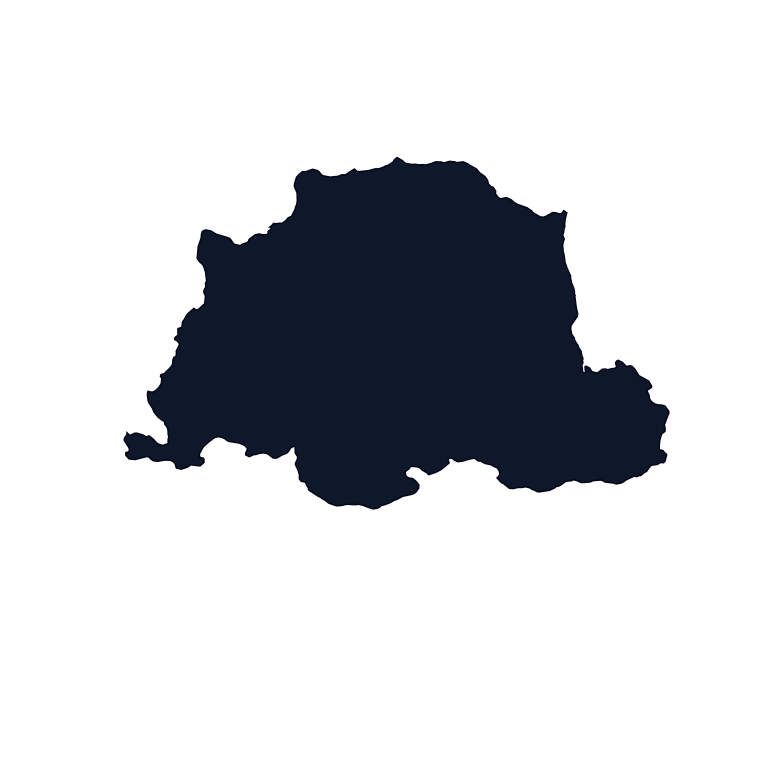 outline of Perez Zeledon, San José, Costa Rica, rotated 323°
{"feature_id": "36466004B81779324435882", "entity_name": "Perez Zeledon", "entity_type": "district", "adm_level": 2, "iso_a3": "CRI", "parent_name": "Costa Rica", "parent_adm1": "San José", "projection": "orthographic", "projection_center": [-83.71, 9.337], "detail": "fine", "context": "isolated", "style": "filled", "palette": "ink", "viewbox_px": 768, "rotation_deg": 323, "n_neighbors": 0, "source": "geoboundaries", "source_scale": "gbopen_adm2", "svg_char_len": 6171}
<svg xmlns="http://www.w3.org/2000/svg" viewBox="0 0 768 768"><g transform="rotate(323 384 384)"><path d="M360.6,470.0L362.1,472.1L362.9,476.0L365.0,481.3L365.0,483.0L365.9,483.6L371.9,485.6L377.3,486.6L382.3,486.6L388.5,486.2L389.4,483.5L390.2,482.8L391.5,482.6L392.8,483.3L393.8,484.4L394.4,487.1L396.2,490.5L401.5,493.4L404.6,494.4L411.6,497.5L413.0,502.3L414.6,503.3L416.9,508.3L421.0,513.0L422.3,516.4L423.7,518.5L424.0,519.9L423.6,523.3L422.4,525.4L420.7,526.6L417.8,527.0L418.4,533.5L419.5,535.3L421.3,542.5L422.1,543.5L424.5,545.4L428.7,547.2L431.8,549.6L435.0,551.1L437.9,554.5L439.1,557.7L440.3,559.2L441.5,562.1L443.1,563.6L452.2,568.5L457.6,569.6L460.0,569.6L462.0,570.6L465.0,571.1L470.0,571.1L473.5,572.7L474.6,573.7L477.6,574.5L479.5,576.5L482.2,581.4L485.5,583.7L487.2,584.4L488.1,585.4L490.7,586.6L492.4,586.8L499.2,591.0L500.2,592.2L501.5,595.3L507.5,601.0L509.3,603.6L513.9,605.8L515.7,606.2L519.9,606.3L527.9,608.0L529.1,608.5L530.0,610.1L531.8,610.4L534.3,611.6L538.4,611.3L541.2,611.8L545.4,610.3L547.6,609.9L549.1,610.0L554.1,612.8L557.4,613.0L559.9,615.1L561.8,614.8L566.9,610.9L567.3,610.1L566.8,608.4L566.7,605.1L564.6,602.5L564.8,601.4L566.5,599.1L570.5,594.8L575.6,591.0L579.8,590.9L581.6,589.0L583.3,585.3L593.2,579.0L593.8,578.9L594.2,577.8L595.0,577.4L595.1,570.5L592.9,567.8L590.2,565.6L588.3,562.9L587.4,560.7L586.9,557.3L587.4,555.1L588.9,552.6L589.9,547.4L595.4,547.6L596.1,547.2L596.5,546.6L597.1,540.8L592.5,530.6L593.3,523.8L592.8,519.5L591.6,517.6L588.1,515.9L587.4,510.2L585.3,506.0L583.5,505.7L582.2,506.2L581.3,507.2L580.1,510.4L578.0,510.5L574.4,508.5L571.5,507.4L570.0,505.5L567.5,503.7L560.9,503.6L557.9,499.9L557.4,498.7L557.8,495.1L556.4,491.8L555.7,491.2L555.1,491.1L554.5,491.8L551.8,496.3L550.6,495.6L549.9,494.3L550.1,493.4L552.1,490.4L553.1,488.1L555.7,486.7L556.5,484.8L557.5,484.1L558.6,482.4L559.1,480.1L561.1,476.5L561.4,471.9L562.1,470.1L562.4,464.8L563.6,461.6L563.8,457.4L566.1,452.5L568.5,449.8L578.9,446.4L580.8,444.7L583.8,438.2L589.3,428.6L589.8,428.5L590.3,426.6L591.7,424.8L593.1,421.8L594.7,416.0L596.8,411.5L598.0,410.1L599.7,402.4L601.7,395.9L605.1,390.0L607.2,385.2L608.3,383.9L609.4,381.7L611.5,379.3L615.2,376.7L616.3,372.6L618.8,370.9L620.6,368.9L623.5,366.7L624.3,365.2L628.2,361.1L633.0,357.3L631.9,353.7L629.1,354.7L627.1,354.2L625.9,353.2L624.4,350.7L621.9,348.6L613.7,347.5L612.0,346.9L609.3,344.6L605.9,336.2L606.1,334.5L604.3,329.4L598.7,320.9L597.1,317.2L596.5,313.7L594.3,309.4L593.8,308.7L589.3,306.7L588.3,305.8L587.5,304.0L587.4,299.3L589.3,297.0L589.5,292.6L588.1,290.4L587.8,287.0L589.4,283.3L589.4,279.0L587.5,273.1L587.2,267.8L583.9,260.4L583.8,259.4L580.9,254.2L575.7,251.3L573.9,248.9L570.3,245.6L564.9,243.6L563.2,241.0L558.8,237.6L554.2,236.3L549.1,234.2L547.0,232.2L544.3,230.4L540.5,226.8L538.5,225.6L534.3,221.1L533.5,219.3L533.2,216.9L530.7,211.0L526.8,211.3L524.9,212.2L517.9,211.7L517.2,210.9L514.6,210.6L509.6,209.2L506.3,206.8L499.8,204.2L492.1,199.6L490.2,197.7L489.8,194.6L485.1,194.0L480.4,194.0L478.0,193.1L476.6,191.7L472.3,190.5L465.5,186.4L460.7,181.1L459.9,179.0L459.9,175.8L459.4,173.6L456.3,169.6L448.8,167.2L446.7,165.3L442.1,165.5L438.6,166.2L433.0,170.3L431.2,172.5L429.7,178.9L425.2,185.3L422.4,188.1L419.9,189.4L418.3,190.9L411.0,194.5L407.6,193.6L403.1,194.5L399.3,194.3L397.1,192.6L394.4,191.2L392.4,189.3L389.6,189.9L387.3,189.9L387.8,190.3L387.5,191.9L386.7,192.3L383.3,192.4L382.1,194.0L380.3,194.2L376.9,191.8L374.5,189.0L371.0,187.4L364.3,187.2L363.0,187.5L361.7,188.6L359.0,188.6L355.8,187.2L352.8,187.0L351.9,186.5L348.2,181.8L348.5,176.1L348.0,174.1L340.1,163.3L337.8,157.6L334.4,153.7L332.4,153.0L330.7,152.9L328.3,154.6L325.9,157.4L318.6,162.2L310.7,170.9L310.3,172.0L310.3,175.7L311.0,179.1L310.9,181.4L308.9,187.1L304.3,195.0L302.0,196.2L300.1,199.3L297.0,200.6L295.4,202.1L294.3,206.4L289.1,212.0L280.3,212.7L278.5,211.9L277.8,209.2L270.5,209.7L268.0,210.2L262.8,212.5L260.9,213.0L259.5,214.1L257.9,216.0L256.1,217.0L252.8,215.7L248.9,221.0L245.2,221.1L243.9,221.9L243.8,223.1L244.8,225.3L245.0,227.4L244.7,228.6L243.8,229.8L237.9,232.7L236.4,235.0L234.7,236.5L233.3,236.7L232.4,236.3L230.4,237.3L226.7,241.3L223.8,242.2L214.8,243.5L211.5,242.3L210.1,243.3L210.0,245.4L209.2,246.6L206.8,249.2L205.7,249.9L202.3,251.2L198.1,251.8L195.1,251.5L193.7,250.9L191.1,247.8L189.6,249.0L188.0,251.0L185.5,255.7L185.0,257.5L184.6,263.7L183.4,268.1L183.7,274.7L184.9,279.1L185.9,281.1L185.9,282.4L184.8,284.1L184.8,288.2L183.5,291.3L181.2,294.5L180.5,296.6L178.5,298.1L176.1,301.2L174.7,301.5L172.4,300.5L170.9,300.3L170.0,299.5L167.4,295.8L166.8,293.0L166.6,289.6L165.3,284.2L162.2,283.0L160.7,279.5L157.2,274.7L155.1,273.2L150.5,272.4L149.9,271.6L149.4,268.3L148.1,269.9L145.2,270.6L143.2,271.9L142.6,273.0L142.0,281.1L141.3,283.2L139.1,284.7L137.0,283.5L136.3,283.6L135.0,285.5L135.0,287.3L135.4,290.5L139.7,294.5L151.1,299.2L152.2,300.5L152.8,304.2L153.7,306.6L156.9,309.6L163.0,312.7L167.3,316.1L168.2,317.4L169.2,320.3L168.9,323.1L167.8,325.3L167.8,326.4L170.8,330.0L176.6,332.0L181.6,332.4L183.1,334.3L187.8,338.7L193.1,338.3L195.0,335.5L195.0,334.4L192.9,332.2L193.4,330.2L194.5,328.8L199.4,326.4L202.3,325.4L209.1,324.8L215.9,324.8L218.3,325.5L220.2,326.6L221.8,328.2L223.8,331.4L224.8,335.1L225.8,336.7L232.8,344.0L235.0,347.6L236.0,350.3L236.1,353.6L231.9,356.1L230.9,357.3L232.6,360.9L237.7,362.1L239.1,363.1L242.4,364.2L246.4,366.5L249.2,369.8L250.8,376.1L252.8,378.0L254.1,378.6L259.8,379.3L264.2,380.6L266.9,380.4L271.2,378.8L275.0,379.6L275.0,381.0L271.5,385.9L271.4,389.5L270.7,390.8L268.8,392.5L265.8,393.9L264.8,395.1L263.4,401.3L261.9,405.4L259.3,409.0L259.3,411.7L262.2,415.3L261.4,417.8L261.1,421.5L260.2,422.9L260.3,424.1L264.1,434.5L265.3,436.3L265.5,438.0L266.8,440.9L268.3,446.1L272.7,452.6L275.9,454.8L282.1,457.8L288.3,463.0L291.3,464.7L294.3,468.3L299.2,476.1L300.6,477.5L304.2,479.2L306.1,479.7L308.9,479.3L311.2,480.6L317.1,482.3L322.2,483.0L325.1,484.0L331.3,484.9L339.7,488.8L341.9,489.5L344.3,489.5L348.7,488.2L350.6,486.3L351.1,485.2L350.9,480.5L350.0,476.8L347.4,474.2L346.1,471.4L346.6,469.3L348.3,466.8L353.4,466.7L354.9,466.0L356.4,466.2L360.6,470.0Z" fill="#0f172a" stroke="#020617" stroke-width="1.5"/></g></svg>